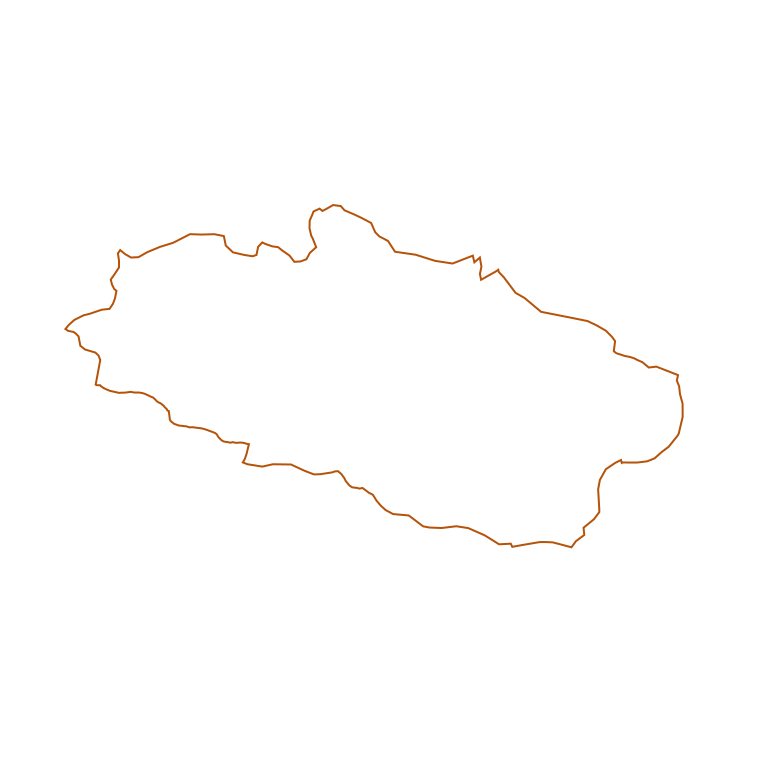 the district of Tougue, Tougué, Guinea, rotated 249°
{"feature_id": "49546643B49131951551470", "entity_name": "Tougue", "entity_type": "district", "adm_level": 2, "iso_a3": "GIN", "parent_name": "Guinea", "parent_adm1": "Tougué", "projection": "natural_earth1", "projection_center": [-11.477, 11.51], "detail": "fine", "context": "isolated", "style": "outline", "palette": "amber", "viewbox_px": 768, "rotation_deg": 249, "n_neighbors": 0, "source": "geoboundaries", "source_scale": "gbopen_adm2", "svg_char_len": 3406}
<svg xmlns="http://www.w3.org/2000/svg" viewBox="0 0 768 768"><g transform="rotate(249 384 384)"><path d="M286.9,661.7L302.6,644.5L304.5,637.1L311.7,633.1L316.0,628.8L318.5,626.6L321.1,623.3L324.1,618.5L325.6,616.8L329.5,611.9L332.3,610.3L341.2,615.1L346.5,613.7L354.3,610.2L362.3,603.7L369.8,596.6L379.9,580.7L395.1,556.5L414.0,546.0L421.9,539.5L440.7,534.1L447.4,531.3L449.7,531.6L448.9,528.3L448.1,522.6L446.5,512.0L452.4,513.0L458.6,517.0L467.7,518.8L465.2,512.0L472.0,512.9L471.9,491.2L480.6,475.9L493.4,459.8L503.5,441.7L516.1,439.0L523.5,432.5L528.8,430.2L538.9,429.7L543.2,426.0L547.6,422.1L552.5,417.4L560.3,409.4L565.6,407.4L569.3,400.6L568.2,393.5L567.6,388.6L570.8,386.7L570.3,380.0L567.3,377.3L563.2,373.2L556.2,370.3L548.7,369.2L545.5,369.6L536.0,369.7L533.0,361.8L528.3,356.3L528.3,350.1L530.2,344.1L537.8,341.8L545.2,336.8L549.7,334.2L552.5,329.1L557.3,323.4L559.8,321.1L557.2,315.7L553.2,313.1L550.2,311.2L550.3,307.2L554.5,299.9L561.0,290.2L570.0,285.9L579.5,287.5L584.6,279.4L589.0,267.0L593.4,256.6L591.4,237.7L592.3,224.1L591.9,210.1L590.4,200.3L592.7,193.2L598.2,188.7L603.6,185.7L601.3,182.4L594.1,180.8L587.8,178.4L582.9,171.6L579.4,166.3L574.1,165.7L569.3,166.2L566.9,167.6L560.3,163.5L556.0,159.7L552.5,154.7L554.5,147.2L555.0,134.6L555.8,127.9L554.8,117.9L552.0,110.6L550.0,107.2L549.5,106.3L546.7,108.3L543.9,112.8L541.5,114.4L537.9,115.9L528.5,114.2L523.3,117.3L516.8,125.8L512.9,127.7L508.1,127.7L490.0,116.6L486.7,114.6L485.8,115.5L484.5,118.6L483.7,118.8L480.8,120.7L479.0,122.4L476.9,124.5L475.6,126.0L473.9,128.6L472.2,131.1L470.6,133.6L470.0,135.7L468.7,139.3L468.1,141.9L467.4,144.7L465.3,148.3L463.9,152.1L462.1,155.2L460.5,157.2L457.8,159.9L455.6,161.9L454.1,163.6L451.4,164.9L449.0,165.9L447.5,167.0L446.5,168.1L444.8,169.3L443.3,170.1L442.3,170.7L441.0,170.9L440.0,171.4L438.8,172.1L436.8,172.3L435.9,173.4L433.2,172.7L431.2,172.3L429.4,171.8L427.5,171.3L425.0,171.9L423.3,173.1L422.0,173.8L420.3,175.8L418.8,177.5L417.7,179.7L416.3,182.2L415.4,184.2L413.2,186.9L412.3,189.8L411.2,191.7L410.1,193.8L408.8,196.2L407.7,198.2L406.4,200.0L404.2,202.7L402.5,204.6L400.5,206.9L398.7,208.8L397.1,209.8L393.7,210.4L391.4,211.4L390.2,211.9L388.7,212.9L387.6,214.0L386.9,215.2L386.5,215.9L385.7,217.4L384.2,219.6L384.0,221.8L383.0,223.3L382.0,225.0L381.3,227.4L380.7,229.3L379.4,231.7L378.7,232.8L377.4,234.3L376.2,236.3L367.7,230.4L363.9,227.2L361.4,224.1L358.0,227.8L350.5,240.8L348.9,251.5L342.2,268.3L331.4,278.8L324.7,286.2L322.6,292.3L320.3,302.9L320.0,304.4L320.0,306.7L319.5,308.6L318.9,310.0L317.8,310.5L316.1,311.5L314.5,312.2L312.8,312.5L310.6,313.2L308.9,313.3L307.2,313.5L305.1,314.2L303.6,314.7L301.9,315.2L299.0,317.2L297.6,319.7L297.2,320.7L295.7,322.9L295.2,323.5L294.6,326.7L287.6,331.1L286.3,332.4L284.6,333.9L282.2,334.4L277.8,335.2L271.8,337.3L265.8,340.3L259.3,345.9L252.4,360.0L237.1,369.5L233.7,375.0L228.9,386.2L225.3,400.5L219.3,411.0L206.6,423.8L193.1,434.0L189.5,445.1L186.0,445.4L185.7,447.0L183.8,457.0L180.6,472.8L178.2,479.0L175.7,484.7L175.6,484.9L164.4,500.5L168.5,506.9L171.3,516.9L178.3,518.8L180.1,524.3L182.6,531.7L187.2,539.0L189.3,539.9L209.0,546.2L217.1,551.2L224.9,560.5L227.5,571.6L228.1,578.0L225.1,577.7L225.2,578.7L220.0,592.0L217.5,602.0L217.6,609.9L221.0,618.9L223.4,627.3L230.7,639.8L232.1,641.4L246.2,651.0L258.6,655.7L268.5,656.7L276.1,658.7L282.3,658.6L286.9,661.7Z" fill="none" stroke="#b45309" stroke-width="2"/></g></svg>